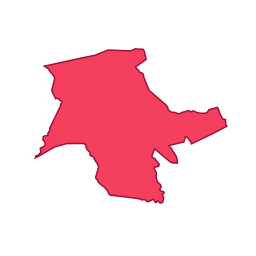 Seabra, Bahia, Brazil, rotated 167°
{"feature_id": "56859067B75926333171607", "entity_name": "Seabra", "entity_type": "district", "adm_level": 2, "iso_a3": "BRA", "parent_name": "Brazil", "parent_adm1": "Bahia", "projection": "orthographic", "projection_center": [-41.912, -12.388], "detail": "fine", "context": "isolated", "style": "filled", "palette": "rose", "viewbox_px": 256, "rotation_deg": 167, "n_neighbors": 0, "source": "geoboundaries", "source_scale": "gbopen_adm2", "svg_char_len": 4244}
<svg xmlns="http://www.w3.org/2000/svg" viewBox="0 0 256 256"><g transform="rotate(167 128 128)"><path d="M69.7,98.3L48.8,103.0L31.2,107.5L31.6,108.6L31.9,109.7L31.9,110.6L31.5,111.7L31.5,112.8L31.2,113.5L31.0,114.3L32.5,114.9L33.6,115.4L34.1,116.7L34.2,117.8L34.6,118.8L35.0,120.1L35.2,121.2L35.4,122.2L35.5,123.6L35.5,124.9L35.7,125.9L35.9,127.0L36.3,128.0L44.9,127.6L45.7,126.8L46.4,126.4L47.2,125.5L48.5,125.1L49.6,125.1L51.2,125.4L52.2,125.6L53.3,125.9L54.8,126.4L56.3,127.0L57.8,127.8L59.1,129.0L60.0,129.7L61.2,130.1L62.4,129.7L63.6,129.8L64.4,130.9L65.6,131.5L66.8,131.3L67.9,131.2L69.1,131.0L70.3,131.1L71.1,131.1L71.8,130.9L72.8,130.7L73.9,130.5L75.4,130.3L76.2,130.9L77.1,131.5L78.0,132.1L78.9,132.7L80.0,133.0L81.2,133.3L82.0,133.7L82.8,134.5L83.7,135.1L84.1,135.9L84.7,136.8L84.8,137.8L84.6,139.3L85.9,142.0L96.1,156.0L97.5,157.9L98.9,159.8L100.1,166.8L100.3,168.1L100.6,169.4L100.9,170.7L100.6,171.7L101.0,172.6L101.3,173.4L101.1,175.0L101.0,175.9L101.1,177.0L101.6,177.9L102.4,178.8L103.2,179.0L103.7,179.6L104.2,180.6L105.1,182.3L105.5,182.9L107.1,185.8L95.9,190.3L94.9,190.7L94.9,191.7L94.7,192.6L94.9,193.3L94.9,194.1L94.9,194.9L95.1,196.1L94.6,197.7L94.9,198.9L95.2,200.4L95.4,201.2L101.3,202.9L102.2,203.2L103.1,203.5L108.2,202.6L130.0,208.5L143.6,206.3L149.0,206.4L156.1,206.6L177.9,206.9L195.6,207.1L194.4,205.8L193.7,204.8L192.8,204.3L192.2,203.5L192.0,202.8L191.7,201.9L191.2,200.7L190.7,199.5L190.0,198.5L189.5,197.4L189.3,196.6L188.8,195.6L188.7,194.8L188.4,194.1L188.1,193.2L193.9,181.6L191.9,172.7L190.9,172.9L190.0,172.7L189.2,172.1L188.7,171.3L188.3,170.5L187.6,169.7L186.9,169.1L186.6,168.2L186.8,167.4L187.7,166.8L188.6,165.9L188.4,165.1L204.2,145.5L204.5,144.1L204.9,143.0L205.6,142.5L206.4,141.7L207.1,141.0L207.5,139.9L207.7,138.8L208.8,138.8L210.0,139.0L211.5,139.0L212.7,138.5L212.7,137.6L213.1,136.8L213.6,135.6L212.9,134.5L212.5,133.7L212.4,132.9L212.2,131.7L212.1,130.6L212.8,130.1L213.4,129.3L214.5,128.9L215.4,128.6L216.2,128.5L217.0,128.4L218.1,128.1L218.3,126.8L218.1,125.8L218.2,124.9L218.4,123.9L219.3,123.1L220.5,122.5L221.3,121.6L222.5,121.6L223.3,121.7L224.2,121.4L224.5,120.5L225.0,119.8L222.4,120.3L204.0,126.0L202.2,126.1L191.3,126.6L189.2,126.1L188.1,125.9L177.4,123.5L174.8,122.9L174.1,122.2L173.3,121.8L173.1,120.7L173.0,119.5L173.3,118.4L173.0,117.4L172.6,116.3L172.1,115.1L171.5,114.2L170.8,113.2L170.6,111.9L171.1,110.9L171.0,109.7L170.3,109.0L169.3,108.5L168.4,107.6L167.6,106.3L168.0,105.1L167.2,104.0L167.1,102.6L166.4,101.6L166.0,100.5L166.0,99.5L165.7,98.7L165.5,97.9L165.2,97.1L170.8,86.8L170.3,85.6L169.7,84.6L169.4,83.5L169.3,82.5L168.9,81.8L168.4,80.7L167.6,79.6L167.1,78.9L166.4,78.2L165.8,77.1L165.0,76.4L164.3,75.8L163.8,74.8L163.4,73.8L162.9,72.9L162.4,72.1L162.0,71.3L161.9,70.2L161.6,69.2L161.4,68.1L160.6,66.9L159.6,66.0L158.5,66.1L157.9,65.6L156.8,65.6L156.2,65.1L155.2,64.9L154.4,64.1L153.6,64.2L143.2,60.4L136.3,57.8L135.5,57.5L134.4,57.1L133.1,56.5L132.0,56.0L131.0,55.0L130.2,54.7L129.1,54.6L128.1,54.4L127.4,53.9L126.3,52.6L125.4,51.7L124.2,51.7L122.4,52.1L121.0,52.5L119.8,53.0L118.9,51.9L118.4,50.7L118.2,49.5L117.3,49.0L116.4,50.0L115.5,50.3L114.7,49.3L114.1,48.4L113.6,47.8L112.9,47.5L111.9,47.7L110.9,47.8L110.8,49.0L110.1,49.5L109.6,50.4L109.0,51.8L109.2,54.9L109.4,55.7L108.6,56.2L107.4,56.5L107.5,57.7L108.0,58.3L109.2,58.6L110.2,59.0L110.8,60.3L111.0,61.3L110.0,61.8L109.1,63.0L108.8,64.2L109.1,65.3L109.5,66.1L110.2,67.0L111.1,68.3L111.5,70.0L111.7,71.2L111.7,72.1L111.5,73.8L111.0,75.9L110.7,76.8L110.4,77.5L110.4,78.5L110.8,79.5L111.2,81.2L111.6,82.6L111.3,83.4L110.3,83.8L108.6,83.8L107.4,83.6L106.3,84.3L105.9,85.3L105.9,86.3L106.5,87.0L107.1,88.6L107.6,89.3L108.2,90.8L108.5,91.8L109.1,92.6L109.9,92.9L110.6,93.6L111.2,94.6L110.7,95.8L106.8,101.8L101.4,94.6L94.9,86.0L94.1,85.1L93.1,84.4L92.4,84.0L91.5,83.7L90.8,83.9L90.1,83.4L88.9,82.9L87.9,82.7L87.4,83.9L87.4,84.8L87.3,85.9L87.2,86.8L87.4,88.9L87.7,90.6L88.1,91.5L88.4,92.9L89.1,94.2L89.6,95.1L89.6,96.3L90.2,98.0L91.2,99.7L91.7,100.6L92.2,101.7L82.3,101.8L79.2,101.8L76.6,101.8L76.2,102.9L75.7,103.7L75.1,104.5L74.7,105.3L74.3,106.2L73.2,106.1L72.3,105.5L71.7,104.3L71.4,103.4L71.0,102.7L70.7,101.7L69.8,100.8L69.9,99.6L69.7,98.3Z" fill="#f43f5e" stroke="#9f1239" stroke-width="1.5"/></g></svg>